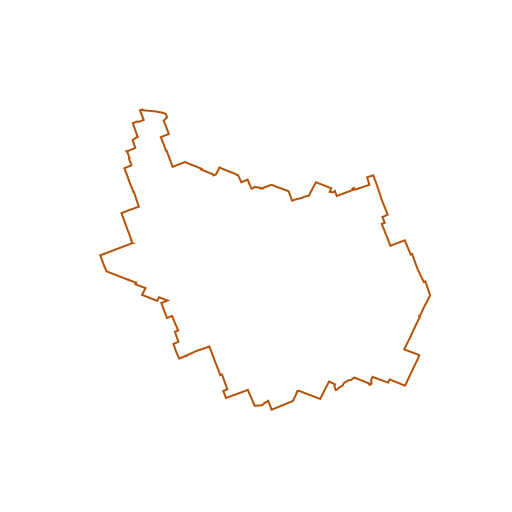 Winton, Queensland, Australia, rotated 244°
{"feature_id": "25037944B95324883935739", "entity_name": "Winton", "entity_type": "district", "adm_level": 2, "iso_a3": "AUS", "parent_name": "Australia", "parent_adm1": "Queensland", "projection": "natural_earth1", "projection_center": [142.695, -22.507], "detail": "fine", "context": "isolated", "style": "outline", "palette": "amber", "viewbox_px": 512, "rotation_deg": 244, "n_neighbors": 0, "source": "geoboundaries", "source_scale": "gbopen_adm2", "svg_char_len": 4812}
<svg xmlns="http://www.w3.org/2000/svg" viewBox="0 0 512 512"><g transform="rotate(244 256 256)"><path d="M437.6,218.1L437.8,215.6L427.5,214.7L428.0,209.5L429.1,207.8L429.4,203.5L414.7,201.8L414.9,200.0L414.7,198.5L414.2,195.9L412.1,195.6L406.2,195.0L406.0,194.7L406.3,190.9L406.6,186.0L406.8,186.0L406.9,185.4L406.7,185.4L406.4,186.0L399.2,185.2L399.3,184.6L397.4,184.3L395.0,184.2L393.9,184.2L392.1,183.8L392.6,176.4L392.6,176.2L388.4,175.8L381.7,175.2L381.2,175.0L377.8,174.7L376.4,174.6L366.7,173.9L366.6,174.3L359.4,173.3L359.1,173.2L354.0,172.6L353.7,172.5L353.3,172.5L351.7,172.3L352.9,161.5L353.5,153.9L349.7,153.5L346.3,153.1L345.7,153.1L344.7,153.0L342.3,152.7L342.2,152.7L341.9,152.7L339.1,152.4L338.6,152.3L336.7,152.1L334.9,151.9L334.7,151.9L334.4,151.8L333.8,151.8L333.7,152.0L326.3,151.1L324.7,151.0L324.7,150.7L321.9,150.4L321.8,150.5L321.9,150.1L322.0,147.6L322.1,146.4L322.7,140.4L322.7,140.2L322.9,138.1L323.6,130.9L323.9,127.0L324.9,116.3L312.7,115.1L312.7,115.3L311.6,115.2L307.9,114.8L306.6,116.0L304.9,117.5L302.9,119.4L302.0,120.2L299.2,122.8L297.7,124.2L294.7,126.9L292.9,128.6L290.0,131.2L290.2,131.4L289.5,132.0L289.3,131.9L286.1,135.1L284.6,136.6L283.6,135.1L283.4,135.3L275.6,142.6L274.1,140.6L273.1,139.3L271.0,136.5L266.1,141.1L265.0,142.0L259.0,147.6L261.4,150.8L254.7,157.0L255.3,150.3L252.7,150.1L248.7,149.6L246.1,149.4L246.0,149.5L239.3,148.8L238.9,154.3L237.4,154.2L235.2,154.1L232.9,153.9L231.2,153.8L229.3,153.7L227.7,153.6L223.2,153.4L223.3,151.5L223.4,151.0L223.4,149.9L217.0,149.1L213.0,148.7L212.8,148.6L212.9,147.8L212.9,147.4L213.2,143.7L213.2,143.3L206.4,142.4L206.2,142.3L204.8,142.3L198.8,142.1L197.4,142.1L197.3,144.7L197.2,144.7L197.1,147.4L197.2,147.6L197.1,149.0L197.1,149.6L196.6,149.6L196.6,150.1L197.1,150.3L196.9,155.4L196.8,160.3L195.9,167.3L195.6,170.4L195.4,171.5L195.1,174.5L193.3,174.3L184.3,173.4L164.6,171.7L164.4,173.5L151.6,172.1L148.7,171.8L149.0,167.4L146.5,167.2L141.5,166.8L139.2,190.0L136.4,189.8L122.0,189.1L121.5,190.3L120.1,193.6L119.9,194.3L119.5,194.9L119.5,196.0L119.5,197.4L120.1,199.0L119.9,199.3L120.3,199.8L120.2,200.0L120.2,201.2L120.1,201.5L120.3,202.1L120.3,202.3L120.4,202.6L120.5,203.5L111.0,202.7L109.5,225.6L111.2,227.7L111.7,228.4L114.1,231.3L116.5,234.0L115.8,235.7L109.2,241.8L106.8,244.1L106.6,244.3L99.4,251.0L104.4,257.6L111.2,266.6L110.5,267.1L106.0,270.8L104.9,269.4L101.4,269.0L100.6,269.0L100.4,270.2L100.7,271.3L101.0,271.8L101.8,277.5L103.2,279.0L103.8,284.4L103.5,284.8L102.9,287.4L103.7,291.0L91.6,302.0L91.5,301.9L90.5,301.8L90.5,301.5L90.3,301.5L90.2,301.8L90.3,301.9L90.7,302.2L90.6,302.7L90.8,303.0L90.6,303.1L90.5,303.7L90.6,303.8L93.9,305.0L96.3,307.8L95.6,308.5L92.1,311.7L92.0,311.8L89.7,314.0L84.3,319.2L85.8,321.1L86.5,322.0L74.2,333.0L74.9,334.1L86.3,348.3L89.4,352.3L90.4,353.6L91.8,355.2L91.8,355.5L92.0,355.6L95.0,359.2L95.2,359.3L96.5,358.2L107.1,348.3L114.8,358.2L115.7,359.4L117.6,361.6L121.2,366.0L121.5,366.7L122.1,367.2L127.3,373.8L129.1,376.2L129.8,376.0L130.6,376.4L130.2,376.9L134.4,382.2L135.7,383.7L136.9,385.3L137.0,385.5L144.3,395.2L151.5,396.2L159.0,397.1L159.0,395.4L173.7,395.5L189.4,397.2L189.5,395.6L191.1,395.8L204.9,396.6L205.5,389.9L206.3,381.3L229.7,383.1L229.5,386.3L233.1,386.6L235.6,386.7L235.4,392.5L242.5,393.0L242.8,393.0L252.7,393.8L253.4,393.9L268.2,395.9L277.1,396.7L278.0,390.4L270.3,389.1L272.2,374.1L273.1,373.4L274.1,373.9L274.3,372.2L272.9,372.0L273.8,362.9L274.5,354.9L279.9,355.4L279.8,355.1L279.7,355.0L279.5,354.8L279.3,354.6L279.2,354.2L279.2,353.9L279.4,353.7L279.6,353.5L279.7,353.3L279.8,353.1L279.9,352.8L280.0,352.6L280.1,352.3L280.1,351.9L280.3,351.6L280.4,351.4L280.7,351.3L280.9,351.2L281.0,351.0L281.4,350.7L281.5,350.5L283.8,353.4L296.0,342.2L291.2,335.5L288.6,332.1L288.0,331.3L287.1,330.1L287.9,326.0L288.2,322.2L289.5,316.4L289.8,312.7L298.8,313.6L299.9,313.7L308.3,305.7L309.5,304.5L312.8,301.7L313.2,301.0L313.8,295.2L313.9,294.1L314.1,291.7L313.9,291.7L314.1,291.4L314.2,290.3L315.1,289.4L315.4,289.7L318.5,285.5L318.7,285.1L318.1,282.3L318.8,281.4L321.3,281.5L328.4,282.0L328.7,275.2L329.8,275.2L330.5,275.2L335.7,275.3L336.6,275.3L337.8,273.9L338.4,273.7L340.5,271.9L345.9,266.9L349.6,263.7L351.6,261.9L350.2,260.1L349.9,259.6L349.5,259.3L349.4,259.1L347.4,256.4L346.8,255.7L346.9,254.4L347.1,253.1L348.1,253.3L355.0,247.1L357.7,244.6L358.2,245.3L360.4,243.4L370.6,234.2L371.6,233.3L372.7,220.3L372.7,220.1L378.1,220.7L388.6,221.7L388.7,221.8L390.0,221.9L390.1,221.3L397.4,222.0L401.7,222.3L401.9,222.4L404.6,222.5L403.9,231.2L411.1,231.8L415.7,232.1L417.7,232.3L418.1,232.3L419.7,236.9L423.4,237.2L424.3,236.1L425.4,234.9L425.5,235.0L425.9,234.5L426.5,234.0L426.7,233.7L426.9,233.2L429.2,230.2L429.4,230.0L429.9,229.2L431.1,227.2L433.3,223.6L436.0,219.2L436.7,218.0L437.6,218.1Z" fill="none" stroke="#b45309" stroke-width="2"/></g></svg>